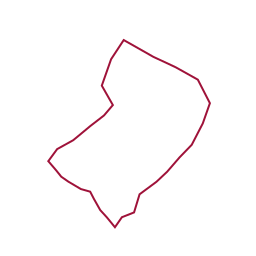 the district of Korakou, Nicosia, Cyprus, rotated 147°
{"feature_id": "46923920B50913956941924", "entity_name": "Korakou", "entity_type": "district", "adm_level": 2, "iso_a3": "CYP", "parent_name": "Cyprus", "parent_adm1": "Nicosia", "projection": "mercator", "projection_center": [32.877, 35.036], "detail": "fine", "context": "isolated", "style": "outline", "palette": "rose", "viewbox_px": 256, "rotation_deg": 147, "n_neighbors": 0, "source": "geoboundaries", "source_scale": "gbopen_adm2", "svg_char_len": 517}
<svg xmlns="http://www.w3.org/2000/svg" viewBox="0 0 256 256"><g transform="rotate(147 128 128)"><path d="M168.9,53.9L154.4,66.1L133.4,67.4L119.0,70.0L100.7,75.3L83.7,79.2L62.8,91.1L45.8,104.2L43.1,130.5L54.9,152.9L68.0,173.9L83.7,204.1L104.7,194.9L126.9,177.8L128.2,155.5L141.3,151.6L158.3,150.2L180.6,147.6L198.9,148.9L212.9,143.6L211.3,131.5L210.5,123.5L207.2,115.4L200.8,102.5L194.4,95.2L195.2,87.2L196.0,74.3L194.4,64.6L193.0,51.9L181.7,56.5L168.9,53.9Z" fill="none" stroke="#9f1239" stroke-width="2"/></g></svg>